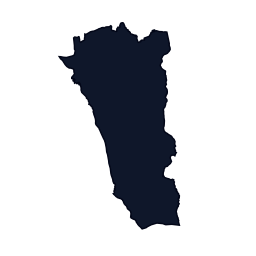 the district of Mpanda, Katavi, United Republic of Tanzania, rotated 350°
{"feature_id": "72390352B28587760392267", "entity_name": "Mpanda", "entity_type": "district", "adm_level": 2, "iso_a3": "TZA", "parent_name": "United Republic of Tanzania", "parent_adm1": "Katavi", "projection": "equal_earth", "projection_center": [30.595, -6.035], "detail": "fine", "context": "isolated", "style": "filled", "palette": "ink", "viewbox_px": 256, "rotation_deg": 350, "n_neighbors": 0, "source": "geoboundaries", "source_scale": "gbopen_adm2", "svg_char_len": 5724}
<svg xmlns="http://www.w3.org/2000/svg" viewBox="0 0 256 256"><g transform="rotate(350 128 128)"><path d="M164.0,186.9L162.8,186.2L161.8,186.5L160.8,186.3L159.5,185.2L158.0,184.6L155.4,183.1L154.8,181.4L154.0,181.5L154.6,179.9L154.9,178.2L155.9,176.3L156.2,175.0L157.3,173.6L157.6,172.7L160.1,172.5L160.4,172.3L161.0,171.7L163.5,170.3L165.0,168.5L164.3,164.7L165.6,162.4L168.1,162.5L169.3,163.5L170.6,161.2L171.3,160.7L170.4,159.3L170.4,158.8L170.8,158.3L170.6,158.0L170.6,157.7L170.5,156.6L170.1,155.4L170.3,155.1L170.8,154.9L171.7,154.1L171.1,152.2L171.9,149.5L171.3,147.1L170.4,146.0L169.8,144.8L169.6,144.0L169.1,143.4L166.6,141.3L165.6,140.1L165.1,139.8L163.9,138.7L163.0,137.0L162.9,134.8L163.0,133.6L163.7,132.6L164.0,131.7L164.9,128.0L165.1,127.1L165.2,123.5L165.5,122.2L165.4,121.7L165.6,119.7L166.0,117.7L165.9,116.9L166.1,115.7L167.2,114.2L167.9,113.8L169.0,111.7L169.5,109.9L170.3,108.9L170.7,108.7L171.0,108.3L171.2,107.4L171.1,106.6L170.0,104.6L170.7,103.5L170.5,103.2L170.9,102.5L171.2,102.5L171.3,102.1L171.7,101.9L172.0,101.2L172.3,101.2L172.7,100.3L173.0,98.9L173.1,97.0L172.7,95.8L171.9,94.4L171.9,93.7L172.1,93.0L173.1,92.0L173.4,91.5L173.2,90.9L173.2,90.1L173.6,88.6L174.1,87.9L174.3,87.3L174.0,86.3L174.3,85.7L174.2,84.7L174.4,83.0L173.9,82.2L174.2,80.6L174.7,78.9L174.7,78.4L172.7,76.7L171.5,75.2L171.2,74.6L171.0,73.5L170.7,72.8L170.5,72.1L170.6,71.8L171.6,69.9L172.9,68.9L173.3,68.1L173.2,66.9L172.9,65.6L173.3,64.9L173.9,64.3L174.3,63.5L176.1,62.0L178.5,61.6L179.9,61.1L181.0,60.1L181.6,59.8L183.1,58.1L183.3,56.4L182.9,53.8L183.3,51.8L182.9,40.3L181.2,39.8L178.9,39.6L178.4,39.1L175.5,38.5L173.0,37.2L171.1,37.2L171.0,36.7L171.3,36.3L171.0,36.0L169.4,36.2L168.8,36.6L169.7,37.2L170.3,37.1L170.3,37.6L169.7,37.6L169.4,37.4L168.4,38.0L167.3,38.0L166.4,39.7L165.4,40.5L165.0,41.4L159.7,42.3L159.5,42.6L159.4,44.2L157.6,44.0L157.0,44.1L156.4,43.9L155.7,44.5L155.7,44.9L155.5,45.1L155.0,44.8L154.4,45.4L153.7,45.6L152.9,45.3L152.7,44.7L152.2,41.9L152.2,41.1L152.8,39.3L152.1,38.7L152.1,38.3L151.2,38.2L151.1,37.8L150.7,37.8L150.7,38.1L150.2,37.5L149.9,37.3L149.3,37.4L149.1,36.9L148.0,36.2L147.1,35.9L146.7,35.0L146.8,34.5L146.7,34.3L146.1,33.2L145.5,33.2L145.0,32.8L145.1,31.9L145.0,31.3L143.9,30.8L143.4,29.7L143.3,28.9L142.5,28.4L142.5,27.3L141.9,24.5L141.6,23.8L141.0,23.4L139.5,23.4L138.8,23.9L138.3,24.9L137.8,25.4L137.6,27.0L137.3,27.3L135.6,27.0L135.2,27.6L134.4,28.2L134.0,29.4L133.8,30.6L133.6,30.9L133.3,30.9L132.4,30.6L130.5,29.6L129.2,29.2L129.0,28.9L128.7,28.2L128.8,27.4L129.4,25.5L129.2,24.7L128.8,24.3L127.1,25.1L124.1,24.7L122.9,24.9L122.1,25.4L121.7,25.4L121.0,24.7L119.4,24.7L117.9,25.2L116.7,25.2L115.8,25.6L111.4,26.7L109.5,26.6L107.6,26.8L105.1,27.8L102.7,28.6L101.9,28.0L101.6,29.0L101.4,30.6L100.8,31.9L100.5,33.7L100.3,34.0L98.3,34.5L96.4,35.4L95.9,35.0L95.4,34.0L95.7,32.5L95.6,29.7L95.2,29.5L93.8,30.1L91.5,29.2L91.2,29.2L90.1,29.9L89.6,37.3L89.0,41.1L89.4,42.1L89.4,42.7L89.2,43.5L87.9,46.7L86.0,47.4L79.7,47.9L76.9,47.2L74.0,46.1L72.7,45.8L73.7,48.2L75.3,50.1L77.1,54.5L78.5,56.8L80.5,58.7L82.2,59.1L84.1,60.2L84.8,60.9L84.5,63.7L84.8,64.4L84.5,65.6L84.2,66.0L83.4,66.6L83.0,67.1L82.2,67.6L81.4,68.4L81.2,69.5L81.4,69.6L81.8,69.3L82.3,70.0L82.7,69.8L83.0,69.9L83.1,70.1L82.8,70.5L82.8,70.9L82.2,71.3L82.1,72.0L82.3,72.2L82.8,72.0L83.5,70.8L83.7,70.6L83.8,70.8L84.0,71.3L83.2,73.2L83.2,74.5L84.0,74.2L84.6,74.4L84.9,75.1L85.2,74.9L85.9,75.1L86.4,75.6L86.8,74.5L87.6,74.6L87.5,75.2L87.7,75.4L87.4,75.4L87.4,75.6L87.5,75.6L88.0,75.1L88.2,75.5L87.6,76.4L87.6,76.7L88.1,76.5L88.6,77.0L88.4,77.8L88.9,79.4L88.7,80.2L88.9,80.8L88.7,81.0L88.4,82.4L88.7,84.9L92.0,89.5L92.4,90.4L92.3,91.3L93.6,92.9L93.8,93.4L93.7,94.5L94.2,96.3L93.6,97.9L94.8,98.5L94.9,99.0L95.6,100.0L95.7,100.5L96.2,100.7L96.5,101.2L96.4,102.5L96.6,102.7L96.7,103.3L97.1,103.7L97.1,104.7L96.6,105.6L96.6,106.7L96.8,107.7L96.8,108.9L97.1,110.3L97.5,113.3L97.4,115.7L97.1,116.7L96.9,118.0L97.1,119.2L99.5,123.3L99.6,124.5L99.8,124.8L100.8,129.1L102.1,134.0L102.7,135.8L103.1,138.7L103.2,143.8L102.9,147.8L103.3,150.7L103.3,156.7L103.1,159.5L103.6,164.6L103.3,169.9L103.4,171.6L104.1,175.9L104.0,177.8L104.5,180.1L105.2,180.2L105.3,180.4L105.4,181.1L105.6,181.2L105.7,181.7L105.0,183.2L105.2,183.3L105.2,183.8L104.8,184.0L104.9,184.6L104.1,185.6L104.3,185.8L104.1,186.1L104.4,186.5L104.1,186.8L104.1,187.1L103.5,187.3L103.2,187.7L103.4,188.9L103.3,189.5L102.9,190.1L102.2,190.1L102.5,190.9L103.1,191.5L104.4,193.5L105.1,194.0L105.4,194.6L107.7,195.9L108.8,196.3L108.9,196.6L110.2,197.7L110.2,198.5L110.8,199.5L110.8,200.7L111.1,201.4L111.1,201.9L111.6,202.5L111.8,202.9L111.8,203.1L112.9,204.4L113.3,205.8L113.5,207.4L115.8,210.1L116.1,211.1L116.1,212.9L115.3,215.8L115.7,215.8L115.5,216.1L115.6,216.5L115.4,216.4L115.4,217.0L117.1,218.4L119.3,219.8L119.7,221.1L119.9,221.3L120.0,222.6L120.8,223.8L120.9,224.5L122.1,226.5L123.0,227.5L124.4,229.8L128.5,229.3L130.1,228.5L134.0,227.3L139.9,226.6L145.7,228.2L148.0,229.6L148.8,229.8L154.3,230.4L161.7,232.6L161.4,229.5L161.4,229.0L161.8,227.9L161.6,227.0L161.6,225.0L161.2,224.0L161.2,223.0L161.0,222.5L161.1,220.3L160.8,219.0L161.8,216.7L163.0,214.6L163.4,214.3L163.4,213.9L163.8,213.3L164.0,213.4L164.1,212.8L165.2,211.5L165.2,211.2L164.7,210.6L164.6,210.0L164.7,209.5L165.6,208.0L165.2,207.5L165.4,206.0L165.6,205.6L166.1,205.9L166.4,205.3L166.5,204.6L166.8,203.9L166.8,203.5L166.2,202.1L166.3,201.4L165.8,201.2L165.8,200.8L165.6,200.5L165.7,200.0L165.3,199.6L165.3,198.9L165.1,198.9L164.9,199.2L164.7,199.0L164.6,198.2L165.0,197.6L165.1,197.1L164.9,197.0L164.8,196.3L164.3,196.2L164.2,195.7L163.8,194.8L164.3,193.4L163.9,192.7L163.7,191.6L163.8,190.2L164.3,189.3L163.9,188.5L163.8,187.5L164.0,186.9Z" fill="#0f172a" stroke="#020617" stroke-width="1.5"/></g></svg>